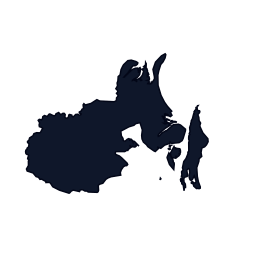 Mong Cai, Vietnam, rotated 291°
{"feature_id": "81297802B69562638547328", "entity_name": "Mong Cai", "entity_type": "district", "adm_level": 2, "iso_a3": "VNM", "parent_name": "Vietnam", "parent_adm1": "", "projection": "natural_earth1", "projection_center": [107.918, 21.499], "detail": "fine", "context": "isolated", "style": "filled", "palette": "ink", "viewbox_px": 256, "rotation_deg": 291, "n_neighbors": 0, "source": "geoboundaries", "source_scale": "gbopen_adm2", "svg_char_len": 5993}
<svg xmlns="http://www.w3.org/2000/svg" viewBox="0 0 256 256"><g transform="rotate(291 128 128)"><path d="M81.4,138.1L83.5,136.8L86.6,136.7L90.2,137.6L91.7,138.8L92.4,140.3L93.8,140.8L94.9,139.7L97.9,132.7L98.8,130.0L98.9,126.1L100.0,125.0L101.6,125.1L104.8,133.4L106.6,134.8L107.0,135.9L108.2,136.0L111.0,137.7L112.5,135.6L111.6,138.3L112.1,138.8L112.6,138.2L112.3,139.6L112.7,141.3L113.9,142.1L114.5,141.7L115.6,142.3L115.1,144.7L117.8,138.8L117.6,137.6L116.2,137.9L117.0,136.9L117.8,136.9L118.7,134.8L118.3,133.9L116.5,134.3L118.2,133.5L118.4,132.6L117.3,131.4L114.5,130.0L114.6,128.1L116.5,127.0L118.3,124.6L122.5,122.4L129.4,128.4L132.7,132.6L134.8,133.6L137.3,137.3L131.3,142.1L126.0,143.4L122.8,145.0L120.4,147.4L119.0,151.3L117.7,153.2L115.9,160.4L115.8,161.9L119.8,163.8L120.4,163.4L120.8,162.0L120.8,165.9L125.1,168.3L129.2,173.1L130.5,171.6L129.3,174.2L132.7,181.0L135.6,183.0L137.9,183.2L146.0,182.6L147.5,182.1L149.6,176.0L149.6,173.7L147.4,169.2L139.2,164.9L138.9,164.2L135.4,161.5L131.8,160.1L131.0,159.3L131.7,158.8L133.1,158.8L135.3,159.7L141.1,162.9L145.8,166.4L145.6,165.2L146.4,165.0L147.8,166.6L147.4,164.1L145.0,161.1L145.3,159.6L146.1,161.7L147.5,162.9L147.9,161.2L146.9,159.4L148.4,160.6L149.0,158.1L149.6,157.6L149.8,159.6L151.2,157.4L150.9,156.2L151.3,155.2L151.7,158.6L153.7,157.3L154.8,157.7L154.9,160.5L154.0,161.7L153.8,163.5L155.6,164.5L157.8,162.0L159.4,162.8L162.4,157.0L165.2,152.8L170.3,147.1L178.5,140.8L188.1,136.9L192.5,136.2L199.0,135.8L202.3,137.0L206.6,137.5L210.0,137.0L210.6,136.1L207.4,133.4L199.4,130.1L191.7,130.3L185.1,134.4L183.2,135.1L178.4,134.2L178.0,133.9L178.9,133.5L177.1,132.9L176.4,130.4L176.8,130.4L177.2,131.5L178.5,131.5L178.3,131.1L180.1,130.5L180.0,129.9L179.3,129.3L179.2,128.8L180.8,130.5L181.4,130.5L183.3,129.3L182.8,127.7L185.4,128.2L186.4,127.3L185.1,126.8L188.4,125.7L190.3,124.2L190.4,123.4L194.5,122.0L195.4,121.0L193.3,121.7L191.3,120.8L191.7,122.0L191.2,122.2L188.7,120.7L188.0,121.0L187.8,120.2L186.8,122.2L182.5,122.5L178.7,121.4L177.7,123.6L176.9,124.0L177.7,123.0L177.8,122.2L177.3,122.2L178.5,120.9L175.7,118.7L174.1,119.7L174.8,118.6L176.3,118.4L175.5,117.3L174.3,117.3L175.4,116.7L173.9,115.1L174.4,115.0L176.0,116.4L175.6,115.9L175.9,116.0L178.7,118.6L181.9,119.7L187.3,118.8L188.7,117.6L187.5,116.6L184.7,118.1L183.1,118.0L184.7,117.5L187.3,115.3L186.4,113.4L184.1,111.0L174.4,106.5L174.2,106.0L180.0,108.2L187.7,110.2L189.0,112.8L190.9,113.9L192.0,113.9L192.5,113.7L192.9,111.6L192.5,106.7L190.8,103.7L185.5,101.2L183.7,100.9L180.0,100.6L174.8,101.6L172.5,100.4L168.2,101.7L166.1,101.7L163.6,103.1L160.3,102.6L159.4,104.6L158.5,105.3L157.7,105.5L156.3,104.8L154.6,107.4L152.1,106.5L150.1,107.1L148.8,107.0L147.5,105.5L143.0,91.9L143.3,88.8L137.7,84.7L134.2,79.9L134.9,78.1L133.5,77.8L130.3,79.5L129.1,78.4L127.2,78.2L125.4,76.8L124.6,77.2L124.4,79.2L123.5,79.2L122.5,78.0L122.8,76.1L121.9,74.3L118.7,72.9L118.7,71.8L119.9,70.9L119.7,68.6L119.0,68.1L117.0,68.4L115.6,68.0L115.0,66.5L115.2,65.3L118.1,64.5L118.8,63.2L118.3,61.9L116.3,60.5L117.6,57.7L115.5,55.7L113.7,55.6L113.0,54.9L112.8,53.6L113.1,50.0L112.5,49.3L109.8,48.5L109.7,45.5L108.0,44.4L106.2,44.8L104.7,44.4L104.3,42.1L103.0,41.4L101.2,43.6L99.0,43.9L97.5,44.8L97.6,47.3L97.1,48.4L92.8,47.9L91.8,47.3L90.9,44.4L89.0,42.2L86.7,42.1L83.5,39.7L81.0,39.9L79.5,39.0L78.4,39.5L77.9,41.2L74.9,42.0L72.9,41.0L71.7,41.4L70.8,40.6L69.1,40.9L67.5,41.9L67.1,43.2L67.3,44.4L66.9,45.0L63.8,45.2L63.2,45.4L63.0,46.8L61.3,46.9L57.3,48.5L53.3,47.9L51.7,49.3L52.0,55.5L49.7,59.6L49.9,62.1L48.5,64.2L49.3,65.7L48.6,70.5L47.7,70.9L48.9,73.9L48.9,75.1L46.2,78.8L45.4,86.4L46.0,96.2L46.3,96.7L48.9,97.7L50.4,99.2L51.3,105.5L52.9,105.6L53.5,106.2L54.1,108.0L53.7,110.4L54.4,112.1L54.0,113.8L56.9,122.3L57.8,122.9L59.4,122.8L63.7,120.8L65.3,121.6L67.4,124.3L72.1,125.7L74.2,127.2L76.4,129.6L81.4,138.1ZM167.3,184.3L166.7,183.8L165.8,184.4L165.0,184.2L164.6,184.7L163.9,184.3L159.9,184.8L157.2,184.5L155.9,185.1L155.0,184.8L154.1,185.3L150.5,185.4L146.8,187.2L144.6,187.2L143.9,188.1L143.0,187.6L141.3,187.9L139.2,188.7L138.1,189.7L136.1,189.9L128.3,193.0L126.9,192.6L125.3,193.2L120.3,193.1L116.7,192.1L110.3,193.1L108.8,194.4L106.3,193.7L103.5,195.1L102.1,195.1L101.9,196.0L98.6,197.5L97.3,197.3L95.2,198.2L94.5,200.0L89.5,202.8L92.7,202.1L93.1,203.0L94.0,202.7L96.2,201.6L97.6,199.7L100.7,198.2L102.4,198.6L104.0,200.6L106.3,199.9L109.8,198.0L111.8,198.9L111.7,199.9L108.5,201.6L105.4,201.9L102.5,203.8L101.7,204.9L102.0,206.0L103.1,206.6L107.1,207.0L102.7,210.7L100.8,210.6L100.4,210.2L101.0,207.2L100.2,206.5L99.2,206.9L99.1,209.0L97.3,210.2L96.0,213.6L96.7,215.0L96.8,216.1L97.7,217.0L98.9,216.6L103.0,213.0L107.6,210.1L115.6,206.4L122.2,206.1L124.8,205.4L127.9,207.0L131.2,205.0L135.8,204.1L137.9,206.3L140.4,207.3L143.9,207.7L146.6,206.4L150.3,199.6L155.0,194.8L156.3,194.1L158.6,194.0L160.4,191.7L163.3,190.3L165.0,188.8L166.0,188.5L168.0,189.3L169.2,189.1L169.7,188.6L169.4,186.9L169.8,186.2L172.5,184.9L171.5,184.1L169.8,184.8L168.0,184.0L167.3,184.3ZM116.3,179.2L115.9,179.1L119.3,175.1L114.6,175.0L113.8,175.5L108.8,179.8L105.6,185.6L110.9,184.1L112.0,183.5L112.5,182.1L113.2,182.2L116.3,179.9L116.9,183.3L119.5,182.5L117.5,183.7L120.4,185.5L122.1,185.9L122.3,184.1L122.4,185.7L124.2,185.7L125.3,185.2L124.9,183.6L125.4,184.7L126.2,184.8L127.2,183.8L126.3,180.3L124.9,180.3L126.5,179.7L126.4,178.3L127.2,177.6L119.4,176.6L116.3,179.2ZM150.4,165.9L149.4,165.7L149.5,167.7L151.0,171.5L151.1,170.1L150.3,167.2L150.5,166.6L150.9,167.1L150.4,165.9ZM100.1,196.1L100.1,195.6L98.8,195.4L97.3,196.3L98.6,197.1L100.1,196.1ZM150.2,164.8L150.5,160.9L150.0,160.4L149.6,161.8L150.2,164.8ZM123.4,175.1L124.0,174.5L124.0,173.7L123.0,173.1L122.6,174.2L123.4,175.1ZM127.3,174.6L126.8,173.0L125.9,173.0L125.7,174.1L126.4,173.9L127.3,174.6ZM154.6,158.5L154.3,157.6L153.5,158.8L153.7,160.3L154.6,158.5ZM92.4,176.9L92.8,176.2L91.6,176.4L91.7,176.8L92.4,176.9ZM174.0,185.4L173.7,184.9L173.3,185.0L173.5,185.3L174.0,185.4Z" fill="#0f172a" stroke="#020617" stroke-width="1.5"/></g></svg>